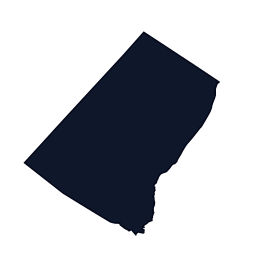 the district of Lepa, Atua, Samoa, rotated 302°
{"feature_id": "51752279B44290724889134", "entity_name": "Lepa", "entity_type": "district", "adm_level": 2, "iso_a3": "WSM", "parent_name": "Samoa", "parent_adm1": "Atua", "projection": "orthographic", "projection_center": [-171.529, -14.024], "detail": "fine", "context": "isolated", "style": "filled", "palette": "ink", "viewbox_px": 256, "rotation_deg": 302, "n_neighbors": 0, "source": "geoboundaries", "source_scale": "gbopen_adm2", "svg_char_len": 1385}
<svg xmlns="http://www.w3.org/2000/svg" viewBox="0 0 256 256"><g transform="rotate(302 128 128)"><path d="M41.7,191.1L43.1,190.8L45.2,191.8L45.7,192.2L45.8,193.7L46.4,194.6L46.9,196.4L47.7,196.8L48.8,196.1L49.6,195.9L50.3,195.1L49.4,193.9L50.8,193.1L51.9,193.2L52.3,194.0L53.3,192.9L53.9,193.0L57.3,194.5L59.5,195.1L62.3,197.3L63.9,196.0L64.7,196.2L66.4,195.3L67.7,195.1L68.8,194.5L69.8,194.7L70.5,193.6L73.4,191.7L77.0,190.9L79.2,189.7L79.8,188.9L81.8,187.3L83.2,186.4L83.0,185.7L84.3,185.3L85.2,185.5L87.5,183.9L89.5,183.8L90.7,182.6L91.9,182.0L91.9,181.3L92.5,180.6L93.9,180.1L96.3,180.9L99.4,180.2L100.9,180.2L102.3,179.7L106.1,179.8L108.6,181.3L110.8,183.2L111.8,183.7L116.5,184.5L119.0,184.6L120.6,184.9L121.9,185.6L122.7,186.5L123.9,186.6L125.1,187.1L126.6,186.7L129.1,186.5L133.7,186.5L137.7,186.2L142.5,186.1L145.9,186.3L150.8,187.1L153.5,187.5L162.4,188.5L166.2,188.9L167.6,189.3L169.3,189.3L175.1,189.2L182.7,188.9L185.6,188.7L189.1,188.0L191.6,187.0L194.4,186.3L199.3,185.4L202.3,184.5L207.3,181.3L208.8,180.9L212.3,180.1L213.3,180.2L215.2,180.8L216.1,151.4L216.7,125.9L217.5,90.7L188.0,85.7L109.4,70.8L89.0,67.0L75.7,64.6L43.7,58.7L38.5,107.4L38.6,126.5L38.8,145.3L39.1,162.7L40.1,166.2L41.1,168.3L42.9,171.3L41.8,172.8L41.4,177.1L41.3,179.6L41.6,181.1L41.4,183.4L43.5,184.6L43.8,185.1L43.1,186.4L41.7,191.1Z" fill="#0f172a" stroke="#020617" stroke-width="1.5"/></g></svg>